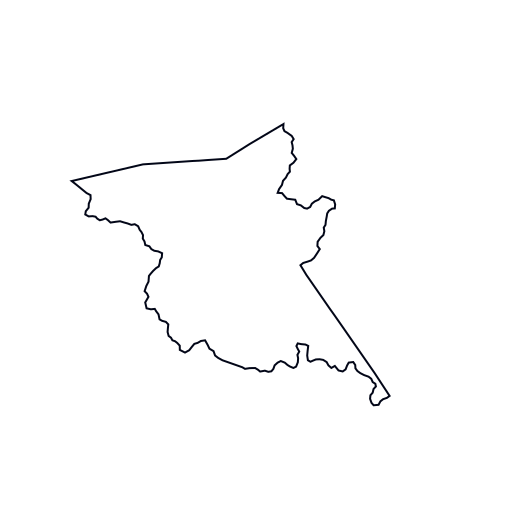 outline of Caatiba, Bahia, Brazil, rotated 38°
{"feature_id": "56859067B44818441273124", "entity_name": "Caatiba", "entity_type": "district", "adm_level": 2, "iso_a3": "BRA", "parent_name": "Brazil", "parent_adm1": "Bahia", "projection": "orthographic", "projection_center": [-40.334, -14.98], "detail": "fine", "context": "isolated", "style": "outline", "palette": "ink", "viewbox_px": 512, "rotation_deg": 38, "n_neighbors": 0, "source": "geoboundaries", "source_scale": "gbopen_adm2", "svg_char_len": 2829}
<svg xmlns="http://www.w3.org/2000/svg" viewBox="0 0 512 512"><g transform="rotate(38 256 256)"><path d="M64.6,310.4L69.7,310.4L83.7,310.7L88.1,309.9L90.7,313.0L92.0,317.7L94.4,321.0L94.3,325.5L95.9,328.4L99.8,327.8L102.7,325.2L105.4,323.8L107.9,324.3L110.9,324.0L112.7,321.7L114.2,319.0L117.1,318.9L120.8,319.2L124.5,315.3L127.5,312.3L131.2,310.9L134.8,309.4L138.6,308.2L140.9,305.6L144.8,305.1L148.3,307.0L150.9,307.6L154.1,309.1L156.1,312.0L159.2,313.2L162.0,315.5L166.0,314.0L169.3,315.0L172.6,314.5L176.1,312.6L180.3,311.6L182.6,315.1L182.9,318.1L184.6,321.0L185.8,324.1L184.7,327.1L184.1,331.2L183.9,334.8L183.9,337.6L187.1,342.4L188.0,347.1L189.9,352.3L193.4,352.8L196.4,354.4L197.3,360.8L202.0,364.6L206.0,362.7L208.8,360.0L211.3,361.0L215.1,362.0L219.0,365.3L221.9,364.9L225.5,363.4L229.0,363.9L231.0,367.1L233.1,370.3L236.4,372.8L239.3,372.7L242.0,373.9L244.7,373.0L247.4,373.0L251.1,373.6L253.8,376.9L259.5,375.8L261.4,371.4L261.4,367.1L261.5,363.2L263.5,360.4L264.9,356.9L267.8,353.8L272.6,355.8L276.4,357.7L281.1,357.1L285.0,359.6L288.9,359.6L293.8,358.8L313.7,352.1L316.8,351.7L320.0,348.3L324.3,344.8L327.6,344.4L330.4,344.5L333.6,340.9L337.0,339.7L339.1,337.4L339.2,334.3L338.0,330.7L338.7,326.7L340.2,323.5L344.4,322.3L347.9,322.5L350.7,322.2L354.4,321.2L355.7,318.5L354.4,314.0L352.1,310.6L349.5,308.4L348.9,304.7L346.3,303.6L343.3,302.1L342.7,299.2L345.9,297.6L349.5,295.3L352.5,294.7L355.1,299.0L357.6,302.9L361.1,306.2L364.0,305.8L365.5,303.0L366.9,300.6L369.7,298.2L372.9,296.5L377.0,296.1L380.4,297.6L384.3,297.8L385.8,294.1L391.5,295.4L395.4,293.6L396.4,290.2L395.2,286.2L394.7,282.9L397.9,279.7L401.3,280.8L403.5,283.3L406.7,284.2L410.2,284.1L414.5,283.3L419.0,281.8L422.4,281.8L425.6,283.5L428.7,283.2L430.8,285.0L430.5,288.4L432.1,291.9L431.9,295.3L433.8,298.3L437.4,300.6L440.6,301.2L444.2,297.8L443.5,294.0L444.3,290.6L446.5,287.2L447.4,284.0L421.5,275.2L366.4,258.1L354.0,254.3L346.9,252.2L310.6,240.9L307.6,240.0L296.7,235.9L297.5,232.4L300.3,228.4L302.1,225.6L302.9,221.7L302.5,216.4L302.0,211.3L298.2,210.3L295.8,206.8L295.6,201.9L296.2,198.0L294.6,194.4L291.9,191.9L291.6,188.7L289.5,185.4L287.5,181.5L285.9,178.6L285.6,175.5L286.8,171.8L288.8,170.0L286.6,166.6L283.1,164.2L280.6,165.3L277.6,165.7L274.3,167.0L271.3,168.1L270.6,173.2L268.7,176.8L267.8,180.4L268.5,184.0L267.1,187.2L264.5,188.5L260.1,188.5L256.4,189.9L252.3,187.5L249.0,189.5L245.1,191.8L241.4,191.2L237.8,190.4L234.2,192.9L233.0,189.1L232.7,184.0L231.0,180.1L231.3,175.8L230.5,171.9L230.8,168.7L228.8,166.6L226.9,163.8L228.1,159.5L228.1,154.8L224.3,153.6L220.7,152.8L219.0,148.8L216.6,146.3L214.0,144.3L213.7,140.7L210.3,139.4L204.9,139.6L201.6,140.1L198.8,138.6L196.4,135.1L182.1,171.6L172.7,197.7L159.3,209.7L152.5,215.9L147.5,220.2L110.5,253.4L67.5,306.8L64.6,310.4Z" fill="none" stroke="#020617" stroke-width="2"/></g></svg>